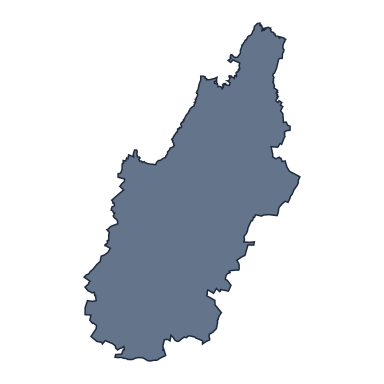 San Andres De Sotavento, Córdoba, Colombia (orthographic projection)
{"feature_id": "7082276B77383139939829", "entity_name": "San Andres De Sotavento", "entity_type": "district", "adm_level": 2, "iso_a3": "COL", "parent_name": "Colombia", "parent_adm1": "Córdoba", "projection": "orthographic", "projection_center": [-75.512, 9.134], "detail": "fine", "context": "isolated", "style": "filled", "palette": "slate", "viewbox_px": 384, "rotation_deg": 0, "n_neighbors": 0, "source": "geoboundaries", "source_scale": "gbopen_adm2", "svg_char_len": 5932}
<svg xmlns="http://www.w3.org/2000/svg" viewBox="0 0 384 384"><path d="M96.2,328.6L91.0,336.5L96.9,341.4L101.7,342.4L102.4,344.0L105.2,340.6L112.4,343.6L115.3,345.7L115.6,348.0L117.6,350.0L119.8,348.5L122.0,347.9L123.8,346.4L124.4,349.7L123.2,349.9L121.6,354.1L115.6,354.6L115.0,357.2L117.4,357.6L121.5,357.4L123.7,358.3L126.4,358.5L127.5,359.4L131.1,359.6L132.9,359.4L134.9,358.3L137.8,357.6L140.7,357.6L143.3,358.0L147.6,360.6L150.5,361.0L153.4,360.3L157.0,360.2L160.1,358.2L165.7,355.5L164.0,350.0L163.1,350.3L162.8,349.4L163.7,349.1L162.8,346.4L164.0,341.3L164.4,339.6L167.9,339.4L170.0,340.9L171.0,335.2L173.2,337.5L175.0,340.3L177.1,341.3L178.2,341.4L179.3,340.8L183.6,337.4L184.5,337.1L186.3,337.7L188.5,336.0L189.8,335.9L195.1,337.1L195.6,337.9L202.6,340.8L202.5,344.0L206.3,341.4L209.5,340.0L209.7,338.7L209.0,336.5L209.4,334.2L212.8,332.3L216.4,328.6L217.6,322.4L217.3,320.3L218.1,319.7L218.3,318.2L219.4,315.4L221.4,312.6L215.0,304.8L214.9,300.4L206.6,295.7L207.3,294.0L207.2,291.7L207.9,289.9L213.6,293.3L216.4,288.5L219.6,291.6L220.5,291.0L220.7,289.5L228.4,291.1L231.0,285.3L227.3,280.4L225.3,279.2L226.0,275.5L227.2,273.9L230.1,272.6L229.2,271.3L230.7,270.6L237.0,270.0L238.7,270.1L239.1,269.1L239.1,265.0L238.5,262.9L236.8,260.3L242.3,256.5L244.9,255.5L248.0,244.9L253.7,245.1L254.4,241.9L249.2,242.4L243.8,241.9L244.5,239.6L244.0,237.2L244.4,235.8L246.3,233.5L247.4,231.2L248.0,227.9L251.2,220.7L252.4,220.7L253.5,217.3L254.4,217.5L255.6,214.7L261.5,216.1L263.7,215.0L269.0,214.6L277.1,215.6L278.2,212.5L278.9,207.6L282.4,203.6L284.7,201.6L285.9,201.5L288.0,202.3L290.0,198.2L290.4,196.3L292.1,194.3L294.0,189.7L297.0,185.6L298.1,183.3L298.5,179.6L299.9,176.8L289.5,171.3L286.9,167.1L285.1,160.9L282.1,161.5L281.0,158.3L280.3,158.5L279.4,157.2L275.6,158.8L272.7,156.8L272.7,154.2L271.1,146.7L277.4,147.2L277.9,147.0L280.1,143.4L281.6,144.4L284.4,137.2L285.0,136.7L284.5,135.0L284.7,133.4L284.4,132.2L286.1,130.8L290.0,130.3L290.1,126.3L287.5,125.1L286.2,122.0L283.5,122.5L282.8,113.6L280.5,110.8L282.8,106.6L280.4,105.1L281.8,102.5L279.0,100.7L278.0,102.5L276.0,101.0L276.3,99.4L277.7,97.9L277.1,97.5L278.2,96.3L277.0,95.6L277.5,94.7L276.3,93.5L277.0,92.6L278.4,92.5L276.7,91.9L277.6,90.6L277.0,89.9L273.9,87.9L274.5,85.7L273.7,84.2L273.6,83.1L272.8,82.3L273.5,81.5L273.3,79.0L274.0,77.6L272.8,75.2L273.3,73.7L274.5,73.0L276.4,68.6L278.7,59.2L279.4,58.5L282.2,58.4L282.5,53.6L283.6,51.7L284.0,49.6L282.9,48.2L282.9,46.0L283.7,43.1L284.9,41.2L284.9,40.2L285.7,39.4L283.8,38.0L280.1,36.9L279.6,38.2L279.2,38.0L279.0,36.7L277.7,36.2L275.8,36.2L275.3,35.5L275.1,34.1L273.9,33.9L273.7,32.5L271.3,31.8L270.7,30.5L271.0,29.6L270.3,29.0L270.6,28.1L269.7,28.1L268.4,27.3L263.4,28.5L262.9,28.3L263.3,29.0L265.6,28.4L265.7,28.9L264.6,29.0L264.3,30.2L261.9,30.8L262.5,28.9L261.7,25.8L261.1,25.1L260.4,25.8L260.1,25.6L260.2,23.8L259.8,23.0L259.3,23.4L257.4,23.5L254.4,26.5L253.9,29.7L252.9,31.0L251.8,34.0L250.8,35.1L248.6,36.1L247.7,36.9L246.4,39.9L245.4,40.0L245.0,40.5L244.5,42.1L243.5,43.0L242.9,44.6L241.9,45.1L241.7,47.0L240.3,50.6L240.5,52.3L240.1,53.7L237.7,56.9L236.7,57.5L234.3,57.2L232.1,54.9L231.0,54.6L230.4,55.9L230.6,56.4L230.2,57.3L230.9,58.2L228.1,60.5L230.8,62.4L232.9,60.0L239.8,63.0L239.1,65.3L239.7,68.7L239.6,69.2L239.0,69.1L239.1,70.0L238.2,70.0L238.2,71.6L236.6,72.1L236.0,72.9L236.6,75.4L236.2,76.5L235.2,75.6L234.7,75.6L234.1,78.4L232.7,77.3L231.2,77.1L231.4,76.1L229.3,75.7L229.0,76.7L229.8,78.2L229.6,79.3L228.6,80.9L227.4,80.9L230.2,82.7L229.0,85.6L225.6,84.6L225.6,83.5L223.9,83.6L223.1,84.3L223.8,84.5L224.5,84.1L224.8,84.5L222.9,85.5L222.8,86.0L223.4,87.2L222.2,88.8L221.6,87.2L219.9,86.4L217.9,86.7L217.4,83.7L214.5,83.3L214.4,81.6L215.4,81.3L216.7,82.2L216.7,80.8L216.3,80.6L217.0,77.3L213.9,78.7L209.6,79.7L206.5,79.8L206.7,78.7L205.1,78.1L205.1,76.8L203.2,76.2L200.7,76.2L200.8,79.8L198.9,84.9L198.2,89.2L196.5,92.3L197.0,92.6L196.8,93.4L197.4,93.6L197.7,94.5L197.3,96.4L196.3,97.7L196.3,99.0L195.3,99.3L195.7,101.2L194.8,102.1L195.3,102.1L194.9,102.7L195.1,103.3L194.3,104.3L194.0,106.0L192.4,106.8L190.1,108.8L189.9,109.8L188.8,111.3L188.2,112.9L186.1,115.3L184.2,119.3L183.5,119.7L183.9,120.9L182.9,121.3L183.0,121.8L182.6,122.2L181.6,122.4L180.8,123.8L180.7,124.3L181.5,125.6L181.6,126.7L180.9,127.6L179.9,127.3L179.4,127.5L179.4,128.8L178.0,128.7L177.6,129.0L177.7,130.9L176.9,131.7L176.9,132.6L175.9,132.9L175.1,134.6L174.1,135.3L174.1,136.3L173.2,137.1L173.1,138.2L172.2,138.6L171.7,139.7L172.8,140.7L172.6,141.9L173.8,143.3L173.7,144.8L174.3,145.4L174.2,145.9L172.4,147.2L170.3,148.0L168.9,150.7L167.6,151.8L167.4,154.1L165.9,155.9L165.7,157.4L162.7,158.6L160.3,160.4L158.5,160.5L156.6,162.3L155.7,164.6L148.6,163.9L145.0,162.6L144.2,161.7L142.2,162.4L142.0,161.6L141.0,161.0L139.8,161.3L138.8,159.4L139.9,158.3L139.8,157.5L139.3,157.0L137.9,157.2L136.9,154.9L137.1,150.8L136.4,150.0L134.5,150.0L133.2,154.6L133.6,156.8L128.6,154.9L127.9,158.7L126.6,158.0L125.8,160.9L123.2,160.5L123.1,162.3L123.7,162.7L123.2,163.7L122.2,163.9L122.0,169.7L120.5,173.3L118.1,173.7L118.1,177.3L124.5,178.9L124.5,180.5L123.9,182.0L121.8,183.8L119.8,186.4L123.6,189.9L111.7,200.2L112.7,201.3L113.0,203.3L114.3,203.3L114.4,205.9L112.0,206.9L111.1,210.0L112.7,211.0L113.7,213.1L114.6,212.9L114.5,213.9L113.2,216.0L114.5,218.0L116.7,219.5L117.6,221.6L117.7,223.8L111.7,226.0L110.1,227.0L107.9,229.3L106.9,229.7L109.4,232.5L108.7,234.7L108.7,240.2L108.3,240.0L108.0,240.7L107.2,240.8L107.2,241.3L107.7,241.2L107.3,243.4L105.1,244.6L104.9,245.4L105.2,245.8L106.0,245.3L107.2,246.6L110.3,248.3L108.0,252.3L104.7,254.8L101.2,256.2L100.2,261.5L96.9,264.4L92.8,269.5L90.1,271.7L89.2,273.4L87.8,274.4L86.5,274.7L84.1,277.1L90.0,281.2L88.9,282.5L88.5,284.0L85.0,287.1L88.1,290.9L90.2,291.7L92.0,292.9L94.3,292.4L94.7,295.6L95.5,295.6L96.2,300.6L92.4,301.4L87.5,300.6L85.1,307.7L85.1,314.6L91.0,315.1L89.8,320.2L92.5,323.3L93.1,322.9L96.5,325.4L96.2,328.6Z" fill="#64748b" stroke="#1e293b" stroke-width="1.5"/></svg>